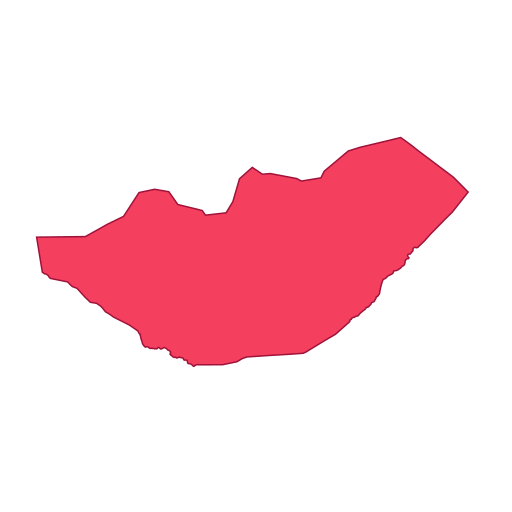 Santa Lucía Miahuatlán, Oaxaca, Mexico (Robinson projection), rotated 85°
{"feature_id": "50627088B60870916412077", "entity_name": "Santa Lucía Miahuatlán", "entity_type": "district", "adm_level": 2, "iso_a3": "MEX", "parent_name": "Mexico", "parent_adm1": "Oaxaca", "projection": "robinson", "projection_center": [-96.604, 16.179], "detail": "fine", "context": "isolated", "style": "filled", "palette": "rose", "viewbox_px": 512, "rotation_deg": 85, "n_neighbors": 0, "source": "geoboundaries", "source_scale": "gbopen_adm2", "svg_char_len": 3402}
<svg xmlns="http://www.w3.org/2000/svg" viewBox="0 0 512 512"><g transform="rotate(85 256 256)"><path d="M210.8,39.1L194.7,52.5L165.3,85.2L160.4,90.3L150.6,101.5L156.8,143.0L159.4,154.9L177.5,180.7L183.8,184.5L185.3,204.2L182.4,208.7L177.8,225.0L175.1,234.6L175.1,242.5L167.4,252.0L177.6,265.7L199.8,274.3L210.4,282.0L210.9,302.8L206.0,305.6L197.9,329.4L184.4,337.2L180.7,351.1L182.6,367.0L205.0,384.5L211.3,401.0L221.8,424.3L218.1,472.9L253.2,470.3L253.5,470.3L255.4,468.1L255.6,466.8L257.2,464.9L259.4,463.7L260.4,462.8L265.4,445.9L268.3,443.6L270.4,441.7L272.6,437.1L282.0,430.0L287.7,425.0L289.2,419.0L292.3,415.2L294.8,413.2L298.5,410.8L300.6,407.7L304.4,403.2L304.5,403.1L313.6,388.4L320.3,380.3L323.5,378.9L323.7,378.3L323.8,378.1L325.2,378.3L326.1,378.0L327.2,377.8L328.5,377.8L329.4,377.4L330.1,377.4L331.2,377.1L332.2,376.8L333.3,376.8L334.1,376.3L335.3,375.8L336.4,374.9L337.1,374.3L337.0,373.8L336.9,373.6L336.9,373.1L336.9,372.4L337.4,371.3L338.2,370.5L338.8,369.7L338.9,368.7L338.8,367.9L339.1,367.2L339.1,366.2L339.6,365.2L339.4,364.9L339.7,364.3L339.7,363.8L339.8,363.1L339.5,362.3L339.0,361.9L338.6,361.6L338.6,360.9L338.8,360.4L339.4,360.0L340.3,359.2L340.3,358.4L340.0,357.3L339.5,356.4L339.2,355.5L339.4,354.9L340.0,353.9L340.5,353.1L341.3,352.7L341.9,352.1L342.5,351.0L343.2,350.1L343.8,349.6L344.4,349.4L344.8,349.6L345.4,350.0L346.3,350.1L346.4,349.5L347.3,349.5L347.9,348.7L348.8,347.9L349.4,347.4L349.6,346.6L350.0,345.9L349.9,345.1L349.9,344.6L350.6,344.1L350.7,343.4L350.4,342.8L350.2,342.0L350.3,341.3L350.0,340.8L350.4,340.3L350.7,339.7L350.9,339.0L351.0,338.6L351.2,338.0L351.5,337.4L352.5,337.2L353.3,336.8L353.6,336.0L353.5,335.1L353.6,334.4L354.0,333.7L354.8,333.6L355.7,333.6L356.3,333.4L357.1,333.1L357.5,332.1L357.5,331.5L357.6,330.8L358.0,330.3L358.7,329.6L359.2,328.8L359.7,328.6L360.3,328.0L360.5,327.4L360.3,327.1L359.9,326.8L359.8,326.3L359.3,325.2L359.0,323.8L359.2,323.3L359.3,323.2L361.4,298.9L359.7,284.2L357.0,278.6L355.8,273.8L355.8,272.7L356.1,258.8L356.3,248.5L356.6,238.9L356.8,231.2L357.0,219.2L357.0,217.4L356.1,214.8L346.6,195.7L340.9,183.6L329.6,168.4L328.1,168.1L327.4,166.6L326.6,166.1L326.1,165.7L325.9,165.3L325.8,164.5L325.7,163.7L325.3,162.7L324.7,161.8L324.6,160.0L324.2,159.1L323.2,158.4L322.1,157.2L321.4,156.2L320.8,155.3L320.4,154.9L320.1,154.3L319.5,153.4L318.8,152.2L318.3,151.7L317.7,151.2L317.3,150.7L316.9,150.4L316.7,150.3L316.7,150.1L316.8,149.9L316.7,149.6L316.8,149.3L316.6,148.8L316.3,148.0L315.3,147.3L315.0,146.9L314.5,146.1L313.7,145.5L312.9,145.3L312.4,144.4L312.1,143.7L312.0,143.0L311.7,142.4L311.2,141.8L310.8,141.7L310.4,141.5L309.8,141.0L309.3,140.6L307.0,139.5L306.9,138.5L304.5,136.4L303.0,135.9L301.9,135.7L298.0,134.5L294.3,133.2L291.4,131.9L290.4,131.2L290.0,130.1L289.8,129.4L289.2,128.4L287.7,126.7L287.2,126.0L286.9,124.9L286.6,124.2L286.2,123.3L285.8,122.2L285.3,121.3L284.6,120.8L283.3,120.3L282.9,119.9L282.8,119.0L282.8,117.8L282.2,115.8L281.4,114.4L280.7,113.1L279.0,111.4L278.3,109.6L277.0,108.6L275.5,108.1L273.5,107.7L272.2,106.3L271.9,105.3L271.9,104.3L271.2,103.8L270.0,104.6L268.7,105.0L267.8,104.5L267.4,102.8L267.4,102.1L267.0,101.7L266.3,101.0L265.2,100.0L264.5,99.2L264.1,99.1L263.0,99.1L262.0,98.6L261.5,98.0L261.2,97.0L261.8,95.3L261.4,94.4L261.5,93.9L260.7,93.2L255.8,87.0L249.9,80.8L235.3,63.8L234.0,62.2L229.5,56.7L210.8,39.1Z" fill="#f43f5e" stroke="#9f1239" stroke-width="1.5"/></g></svg>